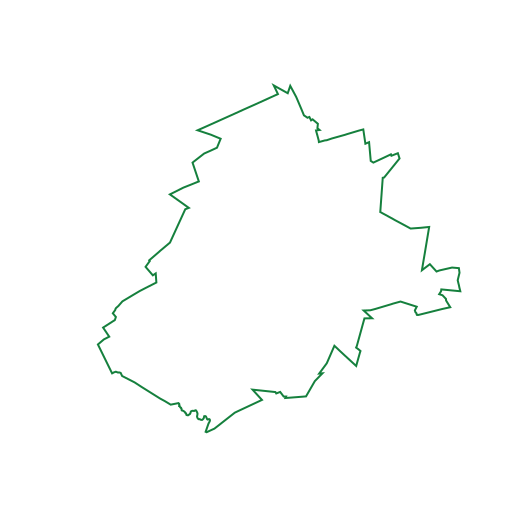 Ures, Sonora, Mexico (Robinson projection), rotated 246°
{"feature_id": "50627088B76918192480292", "entity_name": "Ures", "entity_type": "district", "adm_level": 2, "iso_a3": "MEX", "parent_name": "Mexico", "parent_adm1": "Sonora", "projection": "robinson", "projection_center": [-110.452, 29.357], "detail": "fine", "context": "isolated", "style": "outline", "palette": "green", "viewbox_px": 512, "rotation_deg": 246, "n_neighbors": 0, "source": "geoboundaries", "source_scale": "gbopen_adm2", "svg_char_len": 4374}
<svg xmlns="http://www.w3.org/2000/svg" viewBox="0 0 512 512"><g transform="rotate(246 256 256)"><path d="M115.2,147.8L121.5,172.9L121.6,176.2L122.1,202.9L135.3,198.5L123.8,218.4L122.2,218.6L122.0,222.8L116.4,224.1L115.4,226.3L114.3,225.1L108.9,240.3L107.4,244.6L117.8,258.9L121.8,269.0L122.9,265.9L129.2,277.0L131.1,279.1L142.1,291.1L138.6,292.6L135.4,293.9L129.3,296.5L114.8,302.8L125.4,311.6L126.7,312.8L129.2,311.6L131.6,310.2L132.9,311.6L151.4,326.8L154.9,329.7L151.9,336.7L162.4,332.2L159.9,338.4L159.1,343.4L156.9,360.3L156.8,361.6L155.6,369.5L144.3,382.2L143.7,381.5L141.7,379.0L139.7,378.8L139.0,379.1L138.3,379.3L137.3,379.0L136.8,379.0L136.2,380.0L135.9,381.5L134.2,391.1L131.8,404.8L130.2,412.6L137.6,411.6L138.3,411.6L139.5,412.1L144.3,410.4L146.6,407.8L148.5,410.7L150.1,411.7L140.7,428.3L144.6,429.0L146.8,429.5L148.7,429.8L151.8,430.4L157.9,435.1L162.4,436.4L164.1,433.3L165.7,430.4L168.1,418.2L168.2,417.5L168.4,414.6L177.8,411.5L176.2,404.7L175.5,401.8L179.8,404.6L190.0,411.4L212.1,426.0L214.7,418.1L218.2,408.4L222.0,405.5L232.3,397.5L234.1,396.2L245.6,387.4L275.9,403.6L275.6,405.0L286.7,426.8L292.2,427.4L292.5,420.5L294.0,420.6L293.8,412.4L293.6,401.2L296.2,399.5L314.0,405.6L314.1,401.6L328.0,405.5L328.7,401.1L330.3,388.7L330.5,386.7L332.5,373.1L333.0,367.7L333.6,365.8L333.9,363.7L334.5,359.8L336.1,360.3L340.5,361.0L341.1,361.1L342.1,361.2L342.2,361.3L342.4,361.3L344.6,361.6L346.3,361.9L345.3,365.3L347.8,364.1L351.6,366.3L357.8,363.3L357.5,361.5L361.3,361.3L361.4,359.2L362.0,358.9L365.0,357.0L371.5,357.2L383.5,357.4L385.1,357.4L397.5,356.5L391.8,351.2L404.6,341.6L395.0,341.9L394.8,316.6L394.8,311.6L394.8,304.6L394.7,291.4L394.6,264.1L394.6,263.5L394.6,253.8L385.0,264.3L383.9,265.3L383.6,265.6L377.5,271.4L370.8,264.4L370.7,257.5L370.7,250.3L367.5,237.4L367.1,236.0L347.4,234.1L347.7,224.8L348.0,217.5L347.3,202.4L327.3,214.2L327.5,210.4L303.7,183.4L303.3,182.9L303.2,182.8L303.2,182.7L299.5,169.8L299.4,169.7L298.2,165.7L295.5,156.7L294.6,156.9L291.0,150.7L280.3,153.9L280.9,157.3L272.3,154.2L271.7,142.4L271.3,135.6L270.5,128.7L268.9,115.5L266.3,109.9L265.4,107.0L264.8,106.1L263.9,105.4L261.9,101.9L257.3,103.2L254.9,101.0L252.8,87.2L242.0,89.1L241.7,83.2L239.5,75.6L207.3,76.8L207.3,77.4L207.4,77.9L207.5,78.5L207.3,80.9L205.6,82.6L205.4,83.5L204.3,84.8L200.8,84.9L189.9,93.7L187.9,95.0L183.1,98.1L164.8,110.4L160.5,113.7L154.9,117.6L153.0,126.0L153.0,125.9L152.9,125.9L152.7,125.9L152.5,125.7L152.4,125.6L152.2,125.4L151.9,125.4L151.7,125.4L151.7,125.5L151.4,125.5L151.2,125.5L151.0,125.4L150.7,125.2L150.4,125.0L150.4,124.9L150.2,124.8L150.1,125.0L149.9,125.2L149.7,125.1L149.4,125.1L149.1,125.2L148.9,125.2L148.7,125.3L148.4,125.4L148.2,125.5L147.9,125.6L147.8,125.8L147.7,125.8L147.6,125.7L147.5,125.8L147.3,125.8L147.1,125.8L146.9,125.8L146.6,125.8L146.4,125.7L146.1,125.6L145.8,125.5L145.6,125.4L145.2,125.4L145.0,125.5L144.9,125.6L144.8,125.9L144.4,126.3L144.0,126.6L143.7,126.8L143.1,127.2L142.5,127.5L142.1,127.6L141.7,127.5L141.3,127.7L141.1,127.9L140.7,127.9L140.5,128.1L140.4,128.1L139.7,127.9L139.3,127.8L139.2,127.9L138.9,128.0L138.4,128.6L138.3,128.8L138.2,129.3L138.1,129.5L138.3,129.8L138.3,130.0L138.4,130.6L138.4,130.9L138.6,131.3L138.6,131.5L138.9,131.7L139.0,132.0L139.5,132.5L140.1,132.9L140.4,133.3L140.5,133.5L140.5,133.9L140.5,134.2L140.5,134.7L140.4,135.0L140.3,135.3L140.1,135.7L139.8,136.1L139.6,136.4L139.6,136.8L139.7,137.2L139.7,137.5L139.7,137.8L139.6,138.1L139.5,138.3L139.2,138.4L138.9,138.5L138.4,138.5L137.8,138.6L137.1,138.6L136.6,138.6L136.3,138.5L136.0,138.4L135.6,138.4L135.2,138.1L134.7,137.8L134.4,137.6L134.0,137.3L133.7,137.0L133.5,136.9L132.5,136.7L132.1,136.7L131.6,136.7L131.2,136.8L130.6,137.0L130.2,137.3L130.0,137.6L130.0,137.8L129.9,138.2L129.3,138.6L128.8,139.0L128.6,139.3L128.2,140.2L128.4,140.9L128.6,141.4L128.7,141.7L129.0,142.1L129.2,142.4L129.4,142.5L130.0,143.0L130.3,143.2L130.7,143.5L130.6,143.9L130.5,144.1L130.5,144.3L130.3,144.6L130.1,144.8L129.7,145.0L129.3,145.0L128.7,145.0L128.0,145.0L127.6,145.0L126.9,145.0L126.7,145.0L126.4,145.2L126.3,145.3L126.2,145.4L126.2,145.6L126.2,146.3L126.1,146.8L125.8,147.1L125.7,147.1L125.4,147.2L125.2,147.2L124.9,147.2L124.6,147.1L124.3,146.9L124.0,146.6L123.7,146.4L123.3,145.8L122.9,145.4L122.7,145.1L122.5,144.7L115.9,138.5L115.1,139.2L115.2,145.8L115.2,146.1L115.2,147.8Z" fill="none" stroke="#15803d" stroke-width="2"/></g></svg>